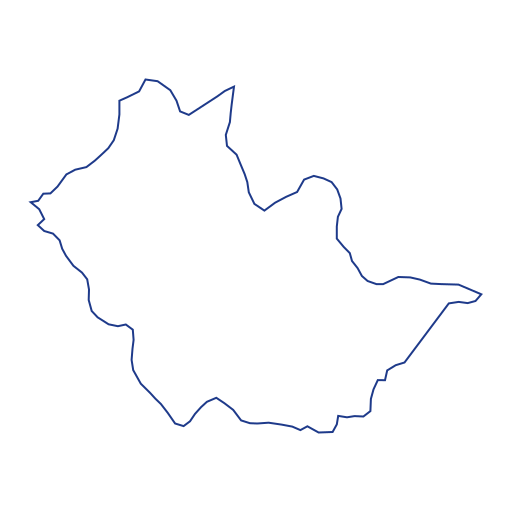 the district of Salto, São Paulo, Brazil
{"feature_id": "56859067B45487526391276", "entity_name": "Salto", "entity_type": "district", "adm_level": 2, "iso_a3": "BRA", "parent_name": "Brazil", "parent_adm1": "São Paulo", "projection": "natural_earth1", "projection_center": [-47.302, -23.174], "detail": "fine", "context": "isolated", "style": "outline", "palette": "blue", "viewbox_px": 512, "rotation_deg": 0, "n_neighbors": 0, "source": "geoboundaries", "source_scale": "gbopen_adm2", "svg_char_len": 1689}
<svg xmlns="http://www.w3.org/2000/svg" viewBox="0 0 512 512"><path d="M30.7,202.2L39.2,209.2L44.2,219.1L37.8,225.1L44.2,231.0L53.0,233.6L59.6,240.3L62.2,248.8L66.0,255.8L73.4,265.8L82.0,272.6L87.2,279.3L89.0,289.5L88.7,300.0L91.7,311.0L97.6,317.3L108.6,324.3L117.9,326.2L125.8,324.5L132.8,329.7L133.6,339.9L132.5,348.7L131.6,359.9L133.2,370.1L140.8,383.7L150.2,393.0L155.4,398.7L160.9,404.0L167.7,412.8L175.1,423.5L183.6,426.1L190.0,421.3L195.0,413.9L201.1,407.1L206.9,401.8L216.3,397.8L224.4,403.2L233.2,409.9L241.1,420.4L249.9,423.2L257.3,423.5L268.6,422.7L281.6,424.6L292.3,426.6L300.4,430.1L307.4,426.3L318.6,432.5L332.6,432.0L336.8,424.4L338.2,415.9L347.0,417.3L354.5,416.1L363.4,416.5L370.4,411.1L370.9,398.9L373.5,389.4L377.8,380.1L385.0,380.2L387.2,370.4L395.7,365.2L404.5,362.5L448.8,303.4L458.7,301.9L467.7,303.1L475.5,301.0L481.3,294.3L458.5,284.6L441.0,284.1L430.9,283.6L419.9,279.6L410.2,277.4L398.3,277.0L389.8,281.0L383.2,284.1L376.4,284.1L367.6,281.0L361.9,276.0L357.6,268.1L352.0,261.0L349.8,253.1L343.7,246.9L336.8,238.6L336.8,226.5L337.9,216.8L341.6,208.9L340.5,198.5L337.2,189.4L331.6,182.1L323.5,178.4L313.8,175.9L304.1,179.6L297.1,192.0L286.2,196.8L275.1,202.7L264.4,210.6L254.4,203.9L248.8,192.3L247.3,182.1L244.7,174.2L240.3,163.7L236.6,154.7L227.0,145.9L225.8,134.9L229.9,122.1L230.7,113.1L231.7,104.3L232.9,95.0L234.0,86.6L224.8,91.0L217.3,96.4L188.8,114.9L180.1,111.4L176.5,100.7L170.3,90.2L157.6,81.2L145.5,79.5L139.1,91.4L127.1,97.3L119.4,100.7L119.4,114.5L117.6,128.7L113.8,140.2L108.3,148.2L100.2,155.8L94.9,160.6L86.4,167.1L75.2,169.7L66.4,174.4L57.5,186.6L50.4,193.4L43.3,193.7L38.2,200.8L30.7,202.2Z" fill="none" stroke="#1e3a8a" stroke-width="2"/></svg>